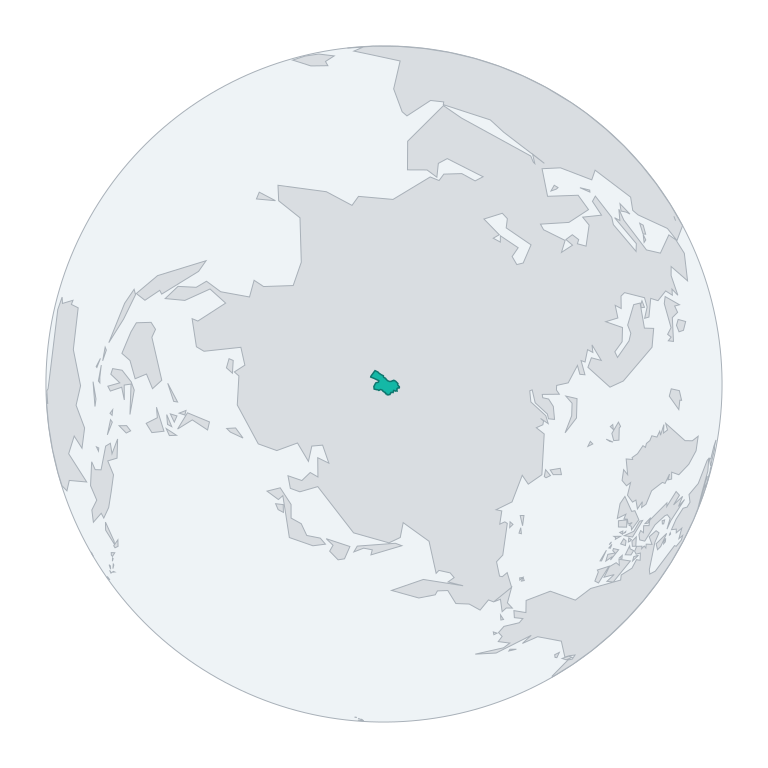 Bayanhongor on an orthographic globe, rotated 118°
{"feature_id": "MNG-3317", "entity_name": "Bayanhongor", "entity_type": "Province", "adm_level": 1, "iso_a3": "MNG", "parent_name": "Mongolia", "parent_adm1": "", "projection": "orthographic", "projection_center": [99.6, 45.149], "detail": "fine", "context": "on_globe", "style": "filled", "palette": "teal", "viewbox_px": 768, "rotation_deg": 118, "n_neighbors": 0, "source": "natural_earth", "source_scale": "10m", "svg_char_len": 14243}
<svg xmlns="http://www.w3.org/2000/svg" viewBox="0 0 768 768"><g transform="rotate(118 384 384)"><circle cx="384" cy="384" r="338" fill="#eef3f6" stroke="#a8b0b8"/><path d="M563.6,97.8L563.0,98.4L541.3,92.0L538.5,88.6L533.6,88.1L536.9,92.8L540.2,96.1L527.8,106.7L535.0,129.7L548.1,140.0L536.8,136.0L568.9,158.7L579.7,176.6L560.8,154.6L553.7,151.3L557.8,162.2L551.4,161.2L549.7,166.2L541.7,164.3L531.3,152.5L525.9,151.3L529.1,159.2L523.1,162.9L519.2,151.4L508.4,156.9L488.9,139.9L485.0,113.6L467.5,105.5L446.0,83.0L441.3,84.9L430.2,78.6L420.6,78.6L419.4,75.1L412.9,78.3L415.9,81.5L414.0,84.2L408.7,84.7L406.1,80.1L408.4,79.2L404.9,78.2L405.9,75.8L402.3,77.3L399.8,72.1L394.4,78.1L385.8,74.9L386.3,71.3L396.6,70.5L423.3,62.6L427.0,60.1L421.9,56.6L390.3,51.6L390.1,49.8L382.2,48.2L377.6,49.2L382.1,51.0L371.5,53.4L378.2,56.1L374.9,57.8L377.7,61.8L366.1,62.6L353.3,61.6L350.4,58.6L344.7,58.3L338.4,62.8L324.3,59.8L299.7,62.8L297.3,62.3L308.8,57.2L331.7,52.1L346.6,48.4L325.6,52.6L319.9,52.5L314.2,53.6L307.9,55.1L305.6,56.1L301.3,56.8L318.6,52.5L322.0,51.8L324.7,51.3L318.6,52.6L329.3,50.6L335.0,49.7L358.7,47.0L382.5,46.1L406.4,46.8L430.1,49.2L453.6,53.3L476.7,59.1L499.4,66.4L521.6,75.3L543.0,85.8L563.6,97.8ZM693.2,249.2L690.8,245.0L690.8,243.7L693.2,249.2ZM690.4,245.2L691.0,246.0L690.7,245.9L690.4,245.2ZM690.7,246.9L690.5,245.7L691.1,247.6L690.7,246.9ZM691.6,249.9L691.0,248.1L691.2,248.5L691.6,249.9ZM691.9,253.0L691.8,253.6L691.1,251.4L691.9,253.0ZM542.7,97.9L537.6,93.1L537.0,89.6L542.0,93.6L542.7,97.9ZM542.9,106.2L538.7,103.2L544.5,102.9L545.1,104.6L542.9,106.2ZM559.0,148.2L556.0,142.6L561.1,148.4L559.0,148.2ZM550.9,167.2L553.8,169.3L551.6,171.1L550.9,167.2ZM383.9,61.1L380.9,61.4L381.9,60.5L383.9,61.1ZM388.0,62.8L391.3,61.5L393.8,62.1L391.7,62.9L388.0,62.8ZM537.5,170.0L533.2,172.7L535.8,167.9L537.5,170.0ZM383.2,64.3L397.7,63.4L401.9,64.7L397.3,68.7L383.2,64.3ZM529.6,172.8L519.4,180.1L524.9,184.9L503.6,175.9L519.3,172.3L521.6,165.5L524.4,170.9L529.6,172.8ZM419.1,82.4L415.7,78.9L423.5,81.4L419.1,82.4ZM424.6,83.4L451.2,88.6L453.6,94.5L444.2,91.3L451.3,99.0L439.4,99.2L432.8,95.1L433.6,91.1L428.4,94.3L424.6,83.4ZM493.5,170.1L489.4,170.4L491.7,167.9L493.5,170.1ZM413.9,85.4L419.0,85.7L421.5,90.8L411.6,91.1L414.0,89.3L413.9,85.4ZM459.0,101.2L459.0,105.3L449.4,106.5L448.1,108.3L439.3,99.8L459.0,101.2ZM410.7,88.5L406.5,91.2L400.5,89.5L409.0,85.5L410.7,88.5ZM426.3,92.0L427.0,94.5L423.4,93.2L426.3,92.0ZM376.8,85.8L382.9,85.5L384.7,88.0L376.8,85.8ZM405.3,92.4L407.4,93.0L408.8,94.1L404.9,95.6L405.3,92.4ZM433.1,101.4L429.1,101.3L436.2,105.0L429.3,106.4L424.7,100.6L423.8,103.7L421.6,104.2L420.2,99.0L433.1,101.4ZM405.1,100.6L396.8,94.3L385.1,93.9L383.1,91.6L402.4,92.7L405.1,100.6ZM414.1,100.0L408.1,99.7L408.8,96.7L413.3,95.0L414.1,100.0ZM426.3,109.6L438.1,108.9L438.7,110.2L426.3,109.6ZM401.6,101.0L403.7,102.5L400.7,101.3L401.6,101.0ZM418.6,107.5L422.7,107.0L423.2,108.5L418.6,107.5ZM404.4,106.2L401.7,104.1L404.7,102.8L404.4,106.2ZM410.8,107.3L410.6,109.5L407.4,103.6L412.5,106.8L410.8,107.3ZM418.4,109.0L420.1,109.8L416.6,109.1L418.4,109.0ZM394.7,112.8L389.9,105.7L396.5,102.6L400.2,109.9L394.7,112.8ZM104.1,194.7L119.8,192.7L113.6,206.8L115.4,239.1L113.9,245.9L103.2,254.0L96.1,298.0L106.2,296.4L110.3,329.7L119.7,345.5L141.5,327.7L126.2,301.2L134.0,285.3L154.5,296.6L169.4,320.9L172.9,315.5L172.2,291.5L184.5,289.1L172.9,282.7L171.0,291.2L163.8,287.8L165.1,279.9L169.4,279.1L167.4,270.3L147.4,277.5L143.4,286.9L132.8,271.2L124.9,285.7L118.9,285.6L129.9,261.2L135.6,256.3L148.6,223.7L141.6,227.1L128.9,258.5L128.9,252.5L119.4,258.7L126.7,249.2L142.4,215.2L138.7,201.4L118.6,202.5L119.7,194.0L127.6,180.2L150.4,164.4L145.5,185.6L153.5,181.4L167.7,166.2L165.0,174.3L170.2,171.1L169.6,179.0L181.8,181.2L183.2,188.7L200.5,181.5L203.6,184.7L192.5,187.8L185.5,194.5L190.4,214.5L195.1,216.0L206.0,210.0L206.0,216.8L215.9,208.5L224.9,217.5L222.2,199.9L234.9,193.6L247.2,195.3L250.9,190.3L230.9,187.9L223.3,189.9L217.6,196.5L196.7,200.8L192.3,195.9L212.4,180.3L208.3,172.0L225.7,164.6L269.0,174.1L280.7,183.0L273.5,211.8L263.5,213.2L261.2,203.2L251.8,218.7L258.1,214.4L258.1,220.4L270.2,216.8L270.8,221.0L281.5,210.9L283.5,215.6L276.8,221.9L296.5,221.9L304.2,230.9L308.4,228.9L310.7,224.4L318.9,239.4L321.6,237.4L320.0,231.6L324.3,224.0L335.2,216.8L337.5,222.4L333.8,225.7L329.6,241.7L319.6,250.4L321.6,252.1L330.9,245.9L336.0,226.3L341.9,220.4L340.9,229.6L341.7,225.8L345.4,224.6L351.1,229.0L352.9,219.1L390.0,202.0L404.7,209.6L399.7,219.1L428.0,215.6L442.4,226.0L440.8,220.4L453.4,216.0L449.0,212.6L449.2,209.7L479.3,198.8L488.1,201.2L499.4,191.8L498.6,189.1L492.7,186.7L503.6,175.9L524.9,184.9L525.6,190.4L538.5,193.0L538.3,205.5L544.1,217.5L536.4,230.7L541.6,239.7L546.1,239.8L556.6,252.8L562.7,280.4L538.1,257.5L525.0,219.4L528.7,234.5L522.0,231.2L519.7,236.9L522.8,248.0L526.7,249.1L501.7,270.4L497.4,302.0L511.9,297.6L521.9,305.0L529.7,341.0L505.7,394.3L518.7,407.7L520.1,417.7L510.1,425.7L507.8,411.2L496.8,407.6L497.1,398.7L480.2,407.9L479.8,395.5L466.8,409.5L472.7,418.6L487.8,414.4L476.7,432.7L493.1,447.4L495.9,466.9L471.4,503.7L445.0,515.9L443.6,521.8L432.7,515.7L418.8,527.6L439.6,558.3L439.2,567.1L416.4,584.1L415.8,577.9L386.9,561.8L381.8,582.2L403.7,599.1L411.3,617.3L394.5,611.7L386.8,595.2L376.6,589.0L379.2,571.5L370.3,543.6L353.4,547.4L354.5,536.1L339.7,510.4L315.3,514.2L276.7,536.2L271.7,563.0L258.3,570.9L241.3,525.2L241.3,496.1L230.3,494.6L216.8,462.7L179.5,440.4L178.5,430.9L170.6,429.7L161.7,414.1L161.9,398.9L154.5,393.8L155.3,434.0L163.7,439.6L176.6,434.4L174.8,446.5L183.9,463.8L158.5,477.1L110.3,462.2L112.8,440.3L113.8,361.4L117.8,356.6L118.2,355.8L118.6,354.3L111.2,360.8L113.9,346.0L105.5,396.5L100.9,414.1L109.5,462.8L106.9,463.7L111.8,476.0L136.5,489.6L135.1,495.8L118.9,514.0L91.2,521.4L99.1,549.3L104.2,566.9L96.3,560.6L104.6,574.0L90.9,552.3L79.0,529.5L68.9,506.0L60.5,481.7L54.0,456.8L49.4,431.6L46.8,406.0L46.1,380.4L46.6,372.0L47.3,359.6L47.7,350.9L49.5,336.1L50.1,331.7L54.9,307.4L61.3,283.6L69.6,260.2L79.5,237.6L91.0,215.7L104.1,194.7ZM102.9,203.2L99.8,206.8L102.9,203.2ZM177.7,359.7L191.4,373.2L198.1,352.3L204.0,356.0L204.1,347.9L198.5,350.8L200.7,329.5L211.3,330.7L216.2,322.8L211.8,317.9L192.1,319.5L188.8,349.4L180.1,352.7L177.7,359.7ZM318.8,52.8L317.1,53.2L310.5,54.6L313.3,53.9L318.8,52.8ZM283.7,63.6L277.5,64.6L283.8,63.0L286.4,61.6L302.9,57.2L296.9,61.9L296.7,60.3L283.7,63.6ZM323.2,53.6L313.5,55.2L324.4,53.3L323.2,53.6ZM199.4,148.0L194.9,153.3L188.9,154.6L187.2,147.0L196.0,144.8L199.4,148.0ZM190.0,160.6L210.5,148.4L212.4,153.3L207.8,152.5L207.0,156.9L199.5,157.0L181.4,174.3L174.8,176.8L175.3,160.3L178.7,164.0L182.9,158.4L190.0,160.6ZM259.4,115.2L268.2,111.7L260.8,126.4L253.4,128.1L251.2,120.1L258.7,113.6L259.4,115.2ZM372.3,72.4L376.2,71.4L376.9,72.5L374.2,74.2L372.3,72.4ZM379.5,85.4L356.1,78.4L359.4,76.8L341.8,75.6L343.5,70.9L354.8,71.6L343.0,67.6L353.9,66.5L344.9,64.4L370.0,66.6L379.3,66.0L368.3,68.3L366.4,72.5L368.4,74.1L381.1,78.6L400.3,80.0L401.6,85.0L397.3,88.2L392.9,88.6L393.5,85.1L387.2,88.2L384.6,83.5L379.5,85.4ZM347.1,132.2L349.7,126.3L336.5,135.0L333.9,129.0L332.5,130.4L326.5,127.4L316.9,126.4L317.2,123.4L313.3,124.4L309.2,122.7L304.0,123.2L302.7,118.1L296.2,118.4L299.4,115.8L288.4,117.8L296.0,114.2L291.5,112.1L286.5,116.8L292.7,91.6L289.4,85.1L282.6,82.1L296.5,77.1L311.8,77.2L325.7,81.1L326.8,88.6L332.9,85.4L335.3,88.2L329.5,89.6L339.8,89.2L340.2,92.0L352.6,97.6L367.2,96.2L372.1,98.6L366.6,100.6L375.3,101.6L368.2,107.1L371.6,109.1L367.9,116.8L355.3,120.0L360.0,122.1L357.4,128.5L347.1,132.2ZM393.2,114.9L378.8,119.4L370.2,118.5L380.2,105.5L378.1,103.0L384.2,95.3L396.5,97.0L393.6,98.9L393.7,101.2L389.8,99.8L393.0,102.7L389.1,105.6L390.5,108.8L385.4,109.3L393.2,114.9ZM118.5,246.6L118.5,250.8L120.0,255.9L114.0,260.3L118.5,246.6ZM128.9,223.3L129.8,225.8L122.0,233.7L122.1,229.7L128.9,223.3ZM136.9,220.8L130.4,225.3L133.9,220.5L136.9,220.8ZM194.0,190.0L195.8,192.6L193.4,194.6L189.4,195.3L194.0,190.0ZM307.6,159.1L310.4,155.2L312.5,155.6L323.3,150.2L326.1,154.6L320.7,159.6L307.6,159.1ZM135.2,327.2L128.6,327.0L128.9,322.5L131.1,323.4L135.2,327.2ZM117.9,292.3L118.7,303.2L116.2,293.4L117.9,292.3ZM312.4,163.0L316.5,160.2L315.4,164.2L312.4,163.0ZM328.7,157.6L328.4,161.9L327.7,154.5L328.7,157.6ZM137.5,597.9L140.9,616.7L131.4,607.5L123.3,596.5L117.7,582.0L126.7,587.1L129.3,583.0L137.5,597.9ZM494.5,646.4L504.2,645.3L503.8,646.3L494.5,646.4ZM484.4,645.1L495.6,643.3L482.4,647.5L484.4,645.1ZM500.0,642.5L511.4,638.1L516.4,635.4L515.4,637.6L500.0,642.5ZM476.7,646.4L434.5,650.9L417.7,649.1L421.8,645.3L449.0,644.4L476.7,646.4ZM420.4,645.2L394.6,634.8L358.7,599.0L371.6,600.6L409.0,622.5L406.6,626.0L422.3,634.4L420.4,645.2ZM482.5,619.3L480.0,629.8L456.8,631.9L446.2,631.4L438.9,618.6L443.0,611.4L451.7,610.9L485.0,582.0L496.8,586.2L486.7,598.4L496.2,606.2L482.5,619.3ZM273.1,565.9L280.5,583.5L273.2,584.2L273.1,565.9ZM498.1,561.5L484.9,575.3L496.8,557.8L498.1,561.5ZM504.9,545.3L505.9,551.2L500.3,546.4L504.9,545.3ZM443.7,530.7L434.4,532.7L434.0,528.2L445.6,522.9L443.7,530.7ZM497.9,483.1L498.6,497.1L497.1,502.0L492.5,494.4L497.9,483.1ZM342.1,201.2L323.9,203.4L312.7,208.9L309.3,217.8L306.3,206.7L323.6,198.1L342.1,201.2ZM383.8,201.1L386.7,194.0L390.7,196.9L390.5,199.0L383.8,201.1ZM381.9,196.9L375.7,188.8L380.7,184.8L384.6,192.0L381.9,196.9ZM343.4,174.7L337.8,174.9L338.9,171.5L343.4,174.7ZM558.7,673.3L558.0,673.1L550.9,677.3L559.5,671.5L548.4,678.5L545.9,678.4L535.5,682.3L471.4,707.0L458.4,709.0L463.8,705.7L456.1,697.9L460.5,697.4L460.3,689.8L499.4,674.5L528.0,651.1L547.3,645.9L563.4,627.7L582.5,620.5L575.4,633.1L593.6,629.7L610.1,600.5L616.9,616.6L627.2,613.8L625.0,620.6L615.4,630.2L597.5,645.9L578.6,660.3L558.7,673.3ZM671.3,562.0L670.6,563.0L670.2,563.0L671.9,560.7L672.7,559.5L671.3,562.0ZM684.5,537.0L685.0,536.7L684.1,538.4L684.5,537.0ZM683.9,537.8L685.7,534.0L684.9,536.3L683.9,537.8ZM677.3,538.8L678.8,536.1L679.2,536.3L677.3,538.8ZM518.5,642.0L532.4,631.3L539.6,628.6L518.5,642.0ZM675.9,538.4L672.6,541.9L673.1,540.1L675.9,538.4ZM676.5,535.0L676.4,533.5L677.8,535.6L676.5,535.0ZM670.6,537.6L674.3,536.7L670.1,538.5L670.6,537.6ZM668.0,540.6L665.1,542.0L665.3,541.2L668.0,540.6ZM630.9,573.0L642.5,575.7L632.4,582.8L621.4,583.1L611.5,595.4L589.9,605.6L595.2,598.8L592.6,593.5L569.5,600.6L564.8,597.8L573.3,591.4L557.6,593.4L574.8,584.9L581.6,591.8L591.2,580.2L607.2,574.3L622.3,569.1L633.9,568.5L630.9,573.0ZM574.4,605.8L577.3,604.6L574.5,608.4L574.4,605.8ZM659.4,542.5L663.7,542.8L663.1,544.4L660.9,545.7L659.4,542.5ZM636.7,565.1L649.4,548.6L652.2,546.6L643.7,561.2L636.7,565.1ZM646.5,545.8L652.2,542.6L654.9,544.6L653.7,546.7L646.5,545.8ZM539.3,609.4L538.5,612.2L534.0,611.5L539.3,609.4ZM545.2,606.0L558.8,604.4L543.9,608.7L545.2,606.0ZM502.8,607.3L506.9,612.9L520.0,605.8L510.0,614.1L518.7,622.3L515.6,626.8L507.0,617.8L503.6,629.8L497.8,630.8L494.8,621.7L500.8,608.2L506.6,601.7L530.2,594.0L502.8,607.3ZM545.2,598.3L541.6,591.7L544.3,585.7L548.3,588.6L545.2,598.3ZM530.4,575.5L520.2,568.3L511.3,574.0L529.0,556.1L535.9,566.1L530.4,575.5ZM521.3,556.2L513.0,561.5L521.3,551.4L521.3,556.2ZM510.7,558.6L509.4,551.8L516.1,551.3L510.7,558.6ZM525.6,555.4L526.7,543.1L530.3,549.3L525.6,555.4ZM505.7,536.4L520.7,545.1L501.7,544.0L499.4,520.3L507.4,518.2L505.7,536.4ZM540.6,423.5L537.8,416.4L544.6,412.5L544.6,418.5L540.6,423.5ZM564.0,395.5L545.5,409.3L530.1,420.9L535.6,423.0L533.5,437.0L524.4,426.9L534.0,409.5L546.0,403.1L546.2,391.5L554.0,381.1L550.0,367.9L552.9,360.5L560.2,370.8L564.0,395.5ZM547.7,362.4L543.5,337.8L556.9,336.8L560.8,342.0L557.1,353.5L550.3,353.3L547.7,362.4ZM546.4,331.8L539.7,331.5L519.3,299.2L518.4,292.3L541.0,315.3L535.9,316.5L538.5,324.9L546.4,331.8ZM491.5,173.2L489.6,170.6L493.4,172.0L491.5,173.2ZM446.5,208.0L447.4,204.2L451.8,205.6L446.5,208.0ZM452.3,194.8L446.7,195.8L451.7,192.4L452.3,194.8ZM434.4,198.7L444.1,195.1L436.2,202.0L434.4,198.7Z" fill="#d9dde1" stroke="#a8b0b8" stroke-width="1"/><path d="M383.5,399.2L381.7,399.0L379.9,398.7L378.2,398.5L376.4,398.2L376.3,395.1L376.3,394.9L376.5,394.3L376.9,393.2L376.9,392.9L376.9,392.3L377.1,390.7L377.0,389.0L377.0,388.5L377.0,388.4L377.7,388.0L377.9,387.9L378.0,387.8L378.0,387.7L378.2,387.4L378.3,387.1L378.3,386.9L378.3,386.3L378.2,385.5L378.2,385.4L378.3,385.1L378.4,384.9L378.6,384.7L378.8,384.4L379.3,382.7L379.3,382.4L379.4,382.2L379.2,380.5L379.1,380.2L379.0,379.9L378.2,378.8L378.1,378.6L377.9,378.5L377.6,378.4L377.4,378.3L377.2,378.1L376.8,377.7L376.7,377.6L376.6,377.3L376.6,377.2L376.3,377.0L376.2,377.0L376.2,376.9L376.1,376.6L376.1,376.3L376.0,376.2L376.1,375.7L376.1,375.3L376.1,375.0L376.1,374.9L376.3,374.4L376.9,372.5L377.0,372.3L377.0,372.1L377.1,371.9L377.4,371.8L377.7,371.8L378.0,371.7L378.6,371.1L378.7,370.9L378.7,370.7L378.7,370.4L378.9,370.1L379.0,369.9L379.2,369.6L379.2,369.4L379.2,369.2L379.5,369.0L379.6,368.9L380.0,368.8L380.3,368.7L380.5,368.8L380.7,369.2L380.7,369.6L380.8,369.7L380.9,369.8L381.6,370.2L381.7,370.3L381.8,370.3L382.3,370.3L382.6,370.2L382.8,370.1L383.1,369.8L383.1,369.7L383.5,369.7L383.8,369.4L384.1,369.2L384.2,369.6L384.2,369.8L384.3,370.0L384.5,370.2L384.8,370.4L384.9,370.6L384.9,370.9L384.9,371.0L384.9,371.3L384.9,371.6L385.0,371.7L385.0,371.8L385.0,372.0L385.0,372.4L385.1,372.5L385.6,372.4L387.0,372.0L387.3,372.0L387.3,372.4L387.4,372.5L387.5,372.7L387.5,372.8L387.6,373.1L387.9,373.2L388.0,373.2L388.1,373.3L388.2,373.5L388.3,373.7L388.3,373.9L388.5,374.0L388.8,374.0L389.1,373.9L389.7,373.9L389.9,373.9L390.4,373.8L390.5,373.8L390.7,374.1L390.9,374.4L390.9,374.5L391.4,374.9L391.8,375.4L391.8,375.8L391.9,376.0L392.0,376.2L391.9,376.3L391.6,376.8L391.5,377.0L391.7,377.3L391.8,377.6L391.8,377.9L391.8,378.0L391.7,378.1L391.6,378.3L391.4,378.3L391.2,378.4L391.1,378.5L391.0,378.9L390.9,379.0L391.0,379.5L391.0,379.8L391.0,380.0L390.9,380.9L390.9,381.2L390.9,381.3L390.7,381.7L390.6,382.0L390.3,382.2L390.3,382.3L390.3,382.5L390.3,382.8L390.3,383.1L390.3,383.3L390.4,383.9L390.4,384.1L390.5,384.4L390.6,384.5L390.8,384.8L391.3,385.0L391.6,385.1L391.8,385.3L392.1,385.5L392.1,386.0L392.0,386.4L392.0,386.5L392.0,386.8L392.2,387.2L392.4,387.6L393.1,390.3L391.1,391.7L390.9,391.7L390.8,391.8L387.5,391.8L387.1,391.8L386.8,391.7L386.2,391.1L385.7,390.5L385.0,389.8L384.9,389.8L383.5,390.1L383.5,390.6L383.7,395.5L384.1,399.0L383.5,399.2Z" fill="#14b8a6" stroke="#0f766e" stroke-width="1.5"/></g></svg>